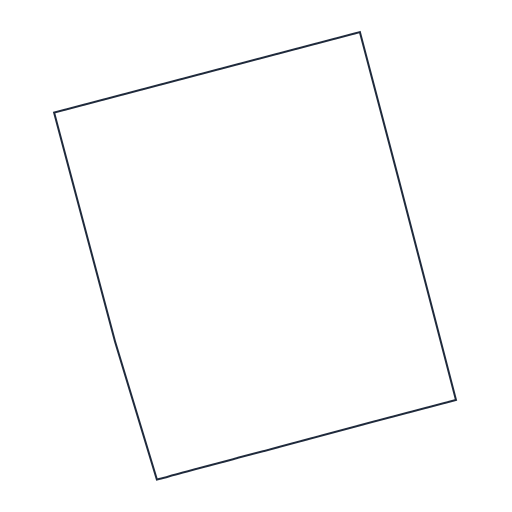 the district of Winneshiek, Iowa, United States of America, rotated 165°
{"feature_id": "52423323B22827021429588", "entity_name": "Winneshiek", "entity_type": "district", "adm_level": 2, "iso_a3": "USA", "parent_name": "United States of America", "parent_adm1": "Iowa", "projection": "orthographic", "projection_center": [-91.743, 43.291], "detail": "fine", "context": "isolated", "style": "outline", "palette": "slate", "viewbox_px": 512, "rotation_deg": 165, "n_neighbors": 0, "source": "geoboundaries", "source_scale": "gbopen_adm2", "svg_char_len": 554}
<svg xmlns="http://www.w3.org/2000/svg" viewBox="0 0 512 512"><g transform="rotate(165 256 256)"><path d="M413.9,446.8L414.3,209.9L409.6,65.7L406.6,65.7L405.6,65.6L405.3,65.6L403.0,65.6L399.8,65.5L394.1,65.8L393.2,65.8L390.5,65.7L387.1,65.7L382.8,65.8L378.2,65.7L370.0,65.8L350.2,65.7L330.8,65.6L330.7,65.6L328.7,65.7L326.6,65.7L325.4,65.8L310.2,65.7L299.5,65.6L298.4,65.5L281.5,65.6L280.0,65.6L268.3,65.6L251.1,65.6L191.1,65.6L185.8,65.6L100.1,65.2L98.4,288.1L98.2,327.0L97.7,445.4L413.9,446.8Z" fill="none" stroke="#1e293b" stroke-width="2"/></g></svg>